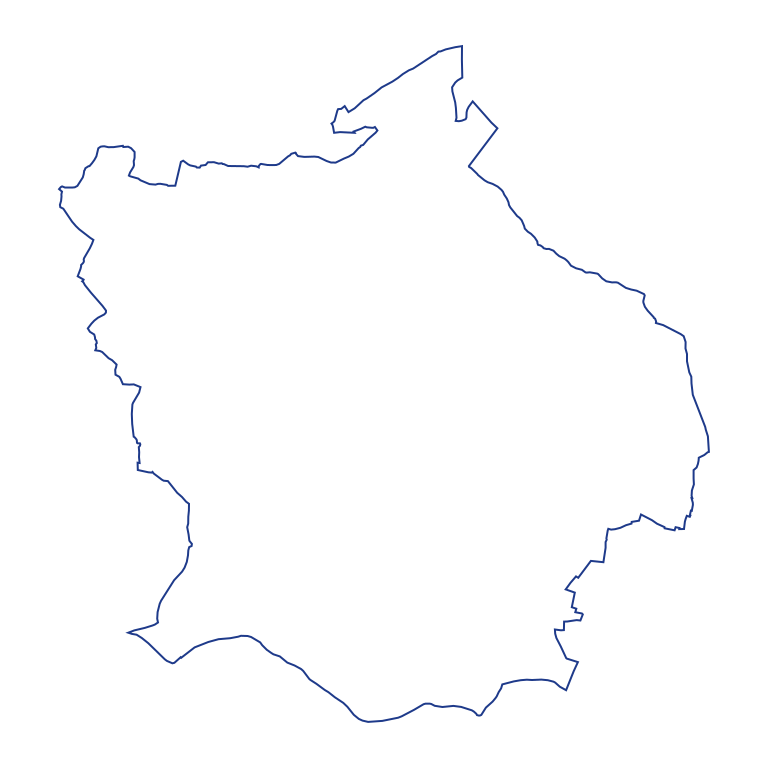 outline of Urmenis, Bistrita-Nasaud, Romania
{"feature_id": "2599482B85850276190943", "entity_name": "Urmenis", "entity_type": "district", "adm_level": 2, "iso_a3": "ROU", "parent_name": "Romania", "parent_adm1": "Bistrita-Nasaud", "projection": "albers", "projection_center": [24.357, 46.791], "detail": "fine", "context": "isolated", "style": "outline", "palette": "blue", "viewbox_px": 768, "rotation_deg": 0, "n_neighbors": 0, "source": "geoboundaries", "source_scale": "gbopen_adm2", "svg_char_len": 6033}
<svg xmlns="http://www.w3.org/2000/svg" viewBox="0 0 768 768"><path d="M566.1,690.2L573.7,671.2L577.9,662.1L566.8,658.6L566.2,658.1L560.8,646.5L556.4,638.0L555.2,633.7L554.9,629.5L561.0,630.3L563.9,630.1L564.1,621.6L567.3,621.5L576.6,620.1L580.4,620.5L582.8,614.4L582.0,613.5L575.3,612.2L576.3,608.7L571.8,607.2L574.8,592.6L565.7,589.4L570.5,582.8L576.0,576.4L578.2,577.8L590.9,560.9L603.4,562.2L605.6,547.8L605.6,542.0L606.7,539.7L606.4,538.4L607.7,530.6L608.3,528.8L611.1,529.6L615.0,529.2L620.4,527.8L626.0,525.2L631.5,523.6L631.7,521.9L639.0,520.7L641.0,514.5L652.0,520.2L657.0,523.7L664.5,527.1L664.6,528.3L674.6,530.3L675.6,527.2L679.5,528.0L679.3,529.1L684.0,529.0L684.9,521.6L685.6,519.1L686.8,515.8L689.8,516.8L690.4,515.4L689.9,515.1L690.9,510.6L691.8,510.8L692.9,504.9L692.8,502.7L691.5,498.1L692.3,498.1L691.6,495.9L691.9,490.5L693.9,484.4L693.6,478.6L693.6,470.1L696.6,467.5L697.9,464.0L698.6,460.5L698.8,457.7L704.3,455.0L707.6,452.3L708.9,451.9L707.9,436.3L705.8,429.7L705.2,426.9L692.8,394.8L691.5,383.5L691.3,376.7L689.3,372.4L687.0,361.3L687.0,354.0L685.5,348.5L685.6,342.0L683.7,336.2L680.7,334.1L663.2,325.1L655.9,323.0L656.1,321.4L655.1,318.7L653.8,317.8L653.7,317.2L647.7,310.7L644.9,306.8L643.4,302.6L643.3,301.1L644.7,295.4L644.0,294.1L636.7,290.7L631.1,289.5L625.9,287.9L617.9,282.7L616.0,282.3L612.0,282.4L606.3,281.3L602.2,278.4L598.2,274.1L597.2,273.6L589.8,272.3L586.8,272.6L585.5,272.4L581.9,269.8L576.1,268.3L571.0,265.7L568.3,262.0L566.6,260.3L564.6,258.7L559.2,256.1L556.2,253.6L553.5,250.7L549.0,248.9L546.4,249.0L543.6,248.2L542.8,247.1L540.4,245.4L538.1,244.9L537.5,243.4L537.3,241.5L534.7,237.5L531.0,233.8L527.8,231.7L524.8,228.6L524.1,225.9L521.7,220.3L519.5,217.8L517.1,216.0L510.3,207.4L509.0,205.0L508.5,202.3L506.8,198.5L504.2,194.6L503.0,191.8L501.5,189.9L497.7,186.6L492.6,183.9L487.7,182.2L484.5,180.3L478.0,175.0L477.2,173.9L471.2,168.1L469.1,166.9L468.9,166.1L497.4,128.3L491.4,122.6L472.7,101.4L468.7,106.8L467.2,109.8L466.6,112.3L466.4,117.6L465.6,119.2L461.8,120.7L458.9,121.2L455.7,120.9L456.5,117.8L455.9,107.9L455.2,102.4L452.4,91.4L452.1,87.3L455.2,82.6L457.6,80.4L462.3,77.6L461.9,59.8L462.0,46.1L455.2,47.2L445.7,49.4L440.6,51.4L438.4,51.6L436.0,54.0L432.1,56.1L413.1,68.6L408.9,70.3L402.8,74.1L398.0,77.9L392.4,81.6L381.6,87.4L374.6,93.0L366.5,98.6L363.5,100.2L354.7,108.3L348.5,112.1L344.7,106.1L341.2,108.9L338.1,109.1L337.3,110.8L334.6,120.8L333.5,122.1L331.5,123.6L332.4,124.8L333.0,126.7L334.1,132.8L340.1,132.1L354.6,132.8L353.7,131.5L361.0,128.8L365.3,126.7L366.7,127.3L372.1,127.8L373.3,127.8L374.9,127.0L377.4,130.5L375.6,132.7L367.8,139.4L363.2,144.9L360.8,145.7L360.2,147.0L358.7,148.0L353.4,153.8L348.7,156.6L343.9,158.6L335.7,162.6L330.9,162.5L326.6,161.0L318.3,157.0L314.4,156.6L304.3,156.9L298.0,156.1L296.0,153.8L296.0,153.2L295.4,152.6L291.3,153.8L289.9,155.4L288.2,156.3L279.2,163.9L276.2,165.0L272.3,165.1L267.5,165.0L261.1,163.9L260.5,164.0L258.8,165.9L258.7,167.4L256.3,166.3L251.1,165.7L247.6,166.7L243.8,166.2L228.1,166.0L223.9,164.1L222.6,164.0L221.8,163.3L218.7,163.6L214.0,162.2L207.9,162.3L205.6,165.0L201.0,165.6L199.7,167.6L196.8,167.5L195.9,166.6L190.2,165.4L188.2,164.4L183.2,160.7L180.9,161.9L175.3,185.7L168.1,185.8L166.9,184.9L160.3,183.8L158.0,183.9L155.5,184.6L149.5,184.1L140.5,180.3L138.3,178.6L130.2,176.3L128.9,175.6L130.1,172.4L133.4,167.0L134.0,165.1L133.7,161.1L134.3,159.2L134.6,157.3L134.6,152.0L131.1,148.2L128.2,146.7L123.3,147.0L122.9,145.8L113.8,147.1L108.4,147.2L104.4,146.3L102.3,146.4L100.6,146.7L98.3,148.3L96.4,156.3L94.4,159.9L92.0,163.2L89.5,166.1L88.5,166.2L85.4,168.2L84.6,170.3L84.2,170.7L83.7,174.2L82.8,177.4L77.4,185.9L74.8,187.3L72.7,187.5L64.9,187.5L62.1,186.4L60.8,187.1L59.1,189.1L62.0,191.6L61.4,194.3L61.5,196.6L61.1,200.8L59.9,204.9L60.3,207.2L63.3,208.7L72.1,221.7L75.9,226.1L79.2,229.3L90.3,237.9L93.4,239.9L92.0,243.7L89.8,248.3L84.1,258.1L83.7,259.4L83.9,261.0L83.8,261.8L83.0,263.1L81.1,265.0L81.1,266.5L80.5,268.9L77.7,276.3L83.6,279.6L83.2,280.5L82.2,281.3L83.4,282.3L84.9,285.1L90.9,292.6L102.5,305.9L106.0,310.6L105.9,312.6L104.3,314.4L98.0,317.7L94.3,320.6L91.4,323.7L87.8,328.4L89.9,331.8L94.2,334.5L95.0,337.2L95.1,339.0L96.4,340.8L96.8,343.1L95.8,344.4L96.3,347.9L95.3,350.3L99.9,351.0L102.2,352.0L108.6,358.2L112.1,360.2L116.6,364.6L116.1,367.1L115.2,369.8L115.5,374.7L119.3,376.8L120.5,378.7L122.9,384.2L129.3,384.6L133.8,384.4L140.5,387.1L139.1,392.6L133.0,402.9L132.4,404.5L131.8,414.0L132.2,424.0L133.7,436.7L134.6,437.2L136.3,439.2L136.8,440.2L137.0,442.8L137.7,443.3L139.9,443.3L140.3,444.3L140.0,445.7L138.8,447.1L139.2,452.2L139.0,457.1L139.6,463.0L137.6,462.7L137.8,470.0L148.4,472.3L151.7,472.6L152.5,471.9L153.7,473.5L161.9,479.7L163.7,480.7L167.9,481.1L177.2,492.8L182.0,497.0L186.1,501.7L189.0,503.8L188.9,510.7L188.3,516.7L188.2,523.6L187.2,527.2L188.6,534.6L189.3,540.3L189.6,541.1L191.9,543.9L191.6,546.0L189.2,547.1L188.3,550.4L188.0,555.3L186.8,561.9L184.6,567.6L182.1,571.6L174.1,580.2L161.1,600.7L159.7,603.8L157.6,612.1L157.2,618.7L158.0,622.5L154.8,624.6L152.5,625.5L144.8,627.9L134.3,630.4L128.3,632.7L131.9,633.9L136.6,634.7L141.8,638.0L148.3,643.2L164.8,659.3L166.9,660.9L172.4,663.3L174.4,662.8L180.7,657.2L181.2,657.8L194.6,647.4L208.3,642.0L218.5,639.2L230.2,638.2L238.2,636.7L241.0,635.8L247.6,636.0L251.1,637.0L260.2,642.4L262.2,645.2L266.8,649.8L271.2,652.9L273.4,654.3L279.8,656.4L287.3,662.6L294.6,665.5L301.2,669.1L303.2,670.9L309.3,679.0L310.5,680.0L316.4,683.8L324.8,690.0L328.3,692.1L334.9,697.3L343.3,702.9L347.4,706.8L353.8,714.8L358.8,718.9L362.5,720.6L368.1,721.9L382.3,720.9L398.2,717.7L401.7,716.3L414.1,709.8L423.6,704.2L425.4,703.7L429.9,703.7L431.3,704.0L434.7,705.8L442.4,707.0L453.4,705.9L461.1,706.9L471.8,710.3L473.9,711.6L476.3,713.8L477.0,715.1L479.0,715.6L480.3,715.4L481.3,714.9L485.9,707.6L492.6,701.6L495.5,698.1L496.7,696.4L498.7,692.1L501.1,688.4L502.3,684.4L513.8,681.4L520.7,680.2L526.8,679.7L532.0,680.0L541.3,679.6L547.8,680.2L553.6,681.7L555.2,682.6L559.8,686.7L566.1,690.2Z" fill="none" stroke="#1e3a8a" stroke-width="2"/></svg>